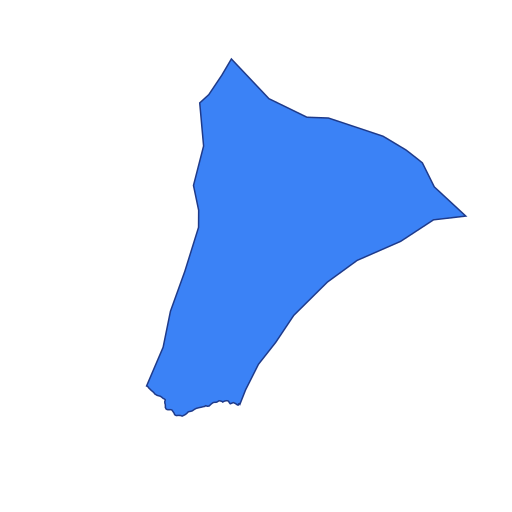 Hurghada 1, Al Bahr al Ahmar, Egypt (Albers equal-area conic projection), rotated 128°
{"feature_id": "37247803B61358518780197", "entity_name": "Hurghada 1", "entity_type": "district", "adm_level": 2, "iso_a3": "EGY", "parent_name": "Egypt", "parent_adm1": "Al Bahr al Ahmar", "projection": "albers", "projection_center": [33.55, 27.127], "detail": "fine", "context": "isolated", "style": "filled", "palette": "blue", "viewbox_px": 512, "rotation_deg": 128, "n_neighbors": 0, "source": "geoboundaries", "source_scale": "gbopen_adm2", "svg_char_len": 1709}
<svg xmlns="http://www.w3.org/2000/svg" viewBox="0 0 512 512"><g transform="rotate(128 256 256)"><path d="M382.8,177.4L367.9,181.8L339.8,187.4L311.8,187.3L279.6,189.7L232.6,183.7L197.2,173.6L155.3,151.0L118.2,138.4L95.4,115.3L95.0,119.9L91.8,158.0L80.2,182.2L80.1,187.9L80.1,188.4L80.1,188.8L80.1,203.0L83.4,229.6L94.0,259.5L102.7,283.9L115.3,301.3L123.7,340.9L124.1,342.6L123.7,345.1L115.9,396.7L133.4,394.4L133.9,394.3L157.2,392.6L157.7,392.5L170.0,394.6L201.6,365.0L238.9,348.7L255.3,329.3L268.8,318.9L312.0,302.6L352.2,289.4L385.1,273.0L425.8,262.2L425.5,261.0L426.0,259.3L426.2,257.2L426.3,257.0L426.4,255.2L426.5,252.5L427.0,251.0L426.7,248.1L426.3,247.2L425.4,245.0L425.3,243.0L425.4,241.5L425.1,240.4L425.1,239.1L425.4,238.8L426.8,238.3L428.0,237.3L428.9,236.0L430.3,234.8L431.1,234.3L431.9,232.7L431.7,231.3L430.9,230.2L429.6,228.6L429.2,227.6L429.2,227.2L429.4,226.7L429.5,226.3L429.7,225.5L430.0,224.7L430.4,223.5L430.9,222.8L431.1,222.5L431.0,221.2L430.7,220.4L429.6,219.3L428.2,217.4L427.6,215.6L425.8,214.7L424.2,214.0L422.3,213.6L420.4,213.4L419.6,212.7L419.2,212.4L418.7,211.9L417.3,210.9L414.7,210.1L414.1,209.8L412.9,209.3L411.5,208.2L410.9,207.8L408.8,206.0L407.2,204.8L406.0,203.7L405.2,203.7L404.8,203.4L404.6,202.7L404.5,202.0L403.1,200.6L400.3,200.2L398.8,199.8L398.4,199.7L397.8,199.4L397.0,198.8L396.2,197.8L396.0,197.6L395.6,197.2L395.2,196.9L392.8,196.0L392.1,194.7L391.5,193.1L391.6,192.3L389.9,191.6L388.3,190.3L387.5,189.1L387.4,188.0L387.7,187.4L388.0,186.7L388.3,185.3L387.0,184.5L385.7,183.8L385.4,183.5L385.2,182.5L384.9,181.3L384.9,180.4L384.8,178.9L384.3,178.2L383.3,178.7L382.5,178.2L382.7,177.8L382.8,177.4Z" fill="#3b82f6" stroke="#1e3a8a" stroke-width="1.5"/></g></svg>